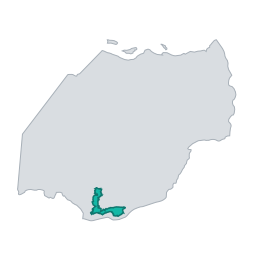 Uvinza, Kigoma, United Republic of Tanzania shown in context, rotated 275°
{"feature_id": "72390352B15676475935925", "entity_name": "Uvinza", "entity_type": "district", "adm_level": 2, "iso_a3": "TZA", "parent_name": "United Republic of Tanzania", "parent_adm1": "Kigoma", "projection": "robinson", "projection_center": [30.139, -5.704], "detail": "fine", "context": "in_parent", "style": "filled", "palette": "teal", "viewbox_px": 256, "rotation_deg": 275, "n_neighbors": 0, "source": "geoboundaries", "source_scale": "gbopen_adm2", "svg_char_len": 8061}
<svg xmlns="http://www.w3.org/2000/svg" viewBox="0 0 256 256"><g transform="rotate(275 128 128)"><path d="M94.2,187.6L91.4,185.9L88.8,184.9L86.8,183.8L85.8,182.7L83.9,182.3L82.2,182.1L80.6,181.1L77.4,180.7L77.1,180.0L77.0,178.5L76.4,178.1L75.3,177.7L74.0,177.8L73.2,178.0L72.8,177.9L71.7,177.0L70.8,175.9L70.4,174.1L68.9,172.9L67.2,172.0L62.5,172.1L61.8,171.8L60.7,170.9L59.4,169.4L58.3,167.6L57.4,165.3L56.4,162.2L51.0,149.6L50.5,147.2L49.4,144.6L47.7,141.3L45.8,138.9L43.4,136.7L40.5,134.6L39.0,133.1L36.1,127.2L35.5,124.4L35.1,121.5L35.3,120.4L37.1,116.7L37.3,115.6L37.0,114.2L36.1,111.3L35.0,107.7L32.7,101.2L32.4,99.5L32.4,98.3L33.8,91.7L33.7,90.8L39.2,90.9L43.1,88.0L46.6,83.7L47.2,81.9L48.6,79.1L50.0,77.7L50.6,76.7L51.3,74.0L53.2,72.1L54.9,70.6L54.5,69.6L54.8,69.2L55.8,68.5L57.6,67.8L58.0,66.4L58.0,64.7L57.7,63.8L57.8,62.8L57.5,62.2L56.2,62.0L54.4,61.2L52.9,60.8L51.9,60.4L51.5,60.0L51.3,59.0L52.2,56.5L51.3,55.5L53.2,51.3L53.6,50.7L54.2,50.7L55.3,50.2L56.3,50.0L57.2,50.2L57.8,50.0L58.3,49.5L58.8,48.1L59.1,45.7L58.9,43.8L58.1,42.3L57.9,40.0L58.3,36.9L58.0,34.4L57.2,32.4L56.3,31.1L54.9,30.6L52.8,27.5L52.1,26.0L52.2,25.0L53.0,24.6L54.3,24.8L55.6,24.4L56.8,23.5L58.0,23.3L58.6,23.4L112.7,23.4L175.8,63.3L176.1,63.8L176.5,67.3L176.4,68.4L175.5,70.4L175.2,71.4L175.2,72.2L175.4,72.5L176.2,72.6L176.9,73.0L177.2,73.4L177.7,74.9L178.4,75.6L202.4,95.2L202.9,95.5L202.6,97.2L201.2,101.1L201.1,102.8L200.6,104.8L200.1,106.0L198.7,111.7L197.5,113.7L195.9,118.7L195.6,122.4L196.5,125.1L196.8,127.5L198.6,129.9L200.1,130.8L201.1,131.9L202.8,134.4L203.8,137.0L207.0,138.2L208.3,141.1L207.8,143.0L206.3,144.6L204.9,147.3L203.8,150.7L203.7,156.0L204.5,155.2L206.2,156.5L206.4,160.3L204.6,164.9L204.1,167.0L204.0,168.8L205.2,174.2L207.1,177.0L207.0,177.8L206.5,178.5L209.7,183.4L209.4,187.6L210.6,190.9L211.1,193.8L211.9,196.0L212.1,197.5L211.0,199.2L213.4,199.6L214.8,201.0L215.5,202.3L217.2,202.2L218.1,203.1L219.4,203.9L222.4,206.1L223.2,207.2L223.6,208.3L215.4,215.2L212.5,217.0L210.3,217.8L208.1,218.3L206.0,219.4L203.9,221.1L201.3,222.0L198.2,222.0L194.9,223.2L189.6,226.8L186.6,224.8L184.3,224.2L181.5,224.2L179.9,224.5L179.3,224.9L178.7,226.1L178.3,228.1L176.5,230.1L173.3,231.9L170.4,232.6L167.8,232.1L166.0,231.4L165.1,230.3L163.7,229.8L161.9,229.9L160.1,230.6L158.4,232.1L155.8,232.7L152.1,232.5L150.2,231.8L149.9,230.6L148.3,229.2L145.4,227.6L143.2,227.6L141.8,229.1L140.6,230.1L139.4,230.5L138.4,230.5L136.9,230.1L132.9,229.9L129.1,230.0L128.7,227.8L127.9,226.4L127.2,225.6L125.9,225.4L125.5,224.8L125.1,223.4L124.4,222.2L123.6,221.2L123.1,220.3L122.9,219.4L123.0,218.5L123.9,216.2L124.1,214.7L124.0,213.1L123.6,211.4L122.7,209.4L122.8,208.9L122.5,207.5L122.5,206.6L122.7,205.4L122.5,203.9L121.7,200.6L121.7,199.8L120.9,198.2L118.4,194.4L118.2,193.9L114.3,190.2L112.7,189.3L112.1,190.0L111.9,190.7L112.0,191.9L111.9,192.5L111.8,192.8L110.8,192.7L110.2,192.6L108.7,191.6L107.5,191.3L104.6,191.5L103.6,191.8L102.8,191.5L101.2,189.8L99.4,189.4L97.8,189.3L95.1,187.4L94.2,187.6ZM207.5,124.5L208.8,128.6L208.6,129.4L207.7,129.9L207.2,129.9L206.6,129.3L206.2,127.8L205.5,128.2L204.3,126.5L203.1,126.4L202.1,124.4L202.5,122.7L202.3,119.7L203.6,118.2L204.3,115.6L205.2,117.4L205.3,120.1L206.4,123.3L207.5,124.5ZM214.0,99.7L214.1,100.7L213.8,101.6L213.9,104.6L213.8,106.5L212.8,109.2L211.9,110.2L211.2,109.9L210.6,109.5L210.2,108.7L211.1,103.7L210.7,100.1L212.5,100.4L214.0,99.7ZM211.0,159.7L210.1,159.9L209.7,159.7L209.2,158.9L210.2,158.2L211.1,156.8L213.4,154.9L214.4,153.3L214.3,154.8L213.0,158.2L211.9,158.4L211.0,159.7Z" fill="#d9dde1" stroke="#a8b0b8" stroke-width="1"/><path d="M64.4,107.0L64.3,106.5L64.5,106.4L64.9,106.5L65.1,106.3L65.3,106.2L65.2,106.1L65.0,105.9L64.8,105.8L64.7,105.7L64.7,105.2L65.0,105.0L65.1,104.8L65.0,104.6L64.8,104.5L64.8,104.4L64.9,104.0L64.9,103.7L65.3,102.8L65.5,102.6L65.5,102.1L65.7,101.8L65.7,101.6L65.3,101.4L64.9,101.2L64.8,100.9L64.7,100.9L64.4,100.9L64.4,100.7L64.1,101.0L63.9,101.0L63.7,101.2L63.1,100.8L62.9,100.4L62.7,100.5L62.8,100.6L62.6,100.6L62.6,100.4L62.3,100.4L61.7,100.7L61.6,100.8L61.1,100.7L61.1,100.8L60.9,100.8L60.8,101.0L60.7,100.9L60.4,100.7L60.4,100.8L60.1,100.7L60.0,100.8L60.0,100.7L59.9,100.7L59.7,101.0L59.6,101.3L59.6,101.5L59.4,101.9L59.5,102.2L59.4,102.4L59.6,102.9L59.5,103.0L59.2,103.3L58.8,103.4L58.3,103.4L58.2,103.3L58.3,102.8L58.3,101.7L58.1,100.7L57.4,100.0L57.1,99.7L56.8,99.6L56.1,99.3L55.3,99.3L54.7,99.4L53.7,99.3L53.3,99.5L52.9,99.5L52.2,99.9L51.9,100.0L51.8,99.9L51.5,99.6L51.4,99.4L51.4,99.1L51.3,98.8L50.6,99.0L50.4,99.2L49.7,99.4L49.2,99.8L48.5,99.9L47.7,101.5L47.2,102.0L47.1,102.5L46.8,102.2L46.6,102.0L46.1,101.3L45.9,101.2L44.8,100.2L44.7,99.9L44.5,99.7L44.3,99.6L43.8,99.6L43.7,99.7L43.5,99.9L43.7,100.0L43.8,100.3L43.8,100.6L43.1,100.5L42.7,100.4L42.3,100.2L42.2,100.0L42.0,99.6L41.3,99.4L41.2,99.3L41.2,99.6L41.1,99.8L41.1,100.0L40.5,99.7L40.4,99.3L40.5,98.9L40.5,98.6L40.6,98.4L40.4,98.3L40.3,98.5L40.0,98.8L39.9,98.7L39.7,98.6L39.6,98.9L39.0,99.1L38.8,99.3L39.2,99.6L39.3,99.9L39.4,100.9L39.7,100.9L39.6,101.2L40.0,101.4L40.0,101.7L40.2,101.8L40.3,102.0L40.1,102.3L40.2,102.5L40.5,102.8L40.6,103.1L40.8,103.7L40.9,103.9L41.0,104.0L41.0,104.3L41.0,105.0L40.9,105.1L40.9,105.4L40.9,105.5L41.0,105.7L40.9,105.7L40.9,105.8L40.9,106.0L40.7,106.1L40.8,106.1L40.7,106.1L40.8,106.4L40.8,106.8L40.7,106.9L40.4,106.9L40.4,107.0L40.5,107.0L40.4,107.2L40.3,107.3L40.4,107.7L40.4,108.0L40.1,108.6L40.1,108.8L40.0,109.0L39.9,109.2L39.8,109.3L39.7,109.4L39.7,109.5L39.7,110.0L39.8,110.3L39.8,110.5L39.7,110.5L39.9,110.8L40.3,111.1L40.5,111.5L40.8,111.9L41.0,112.1L41.3,112.3L41.2,112.6L41.5,113.2L41.7,113.6L41.8,113.6L41.7,113.7L41.8,113.8L42.0,114.2L42.0,114.3L42.1,114.5L42.3,115.0L42.6,115.9L42.9,116.3L43.1,117.1L43.2,118.2L43.2,119.1L43.1,119.3L42.6,119.7L42.4,119.8L42.3,119.7L42.2,120.0L41.9,120.1L41.8,120.3L41.6,120.3L41.4,120.6L41.2,120.6L41.2,120.9L41.0,121.0L40.7,121.1L40.6,120.9L40.7,121.0L40.6,120.9L40.4,120.9L40.1,121.2L39.8,121.2L39.8,121.3L39.6,121.3L39.6,121.7L39.4,121.8L39.4,122.5L39.3,122.8L39.3,123.0L39.3,123.4L39.4,123.9L39.4,124.1L39.5,124.3L39.5,124.7L39.6,124.9L39.4,125.2L39.3,125.4L39.2,125.7L39.3,125.9L39.5,125.8L39.4,126.0L39.6,126.4L39.8,126.5L40.4,127.3L40.9,128.1L41.1,128.3L41.1,128.5L41.5,128.9L41.7,129.2L41.9,129.4L42.1,129.4L42.2,129.6L42.3,129.6L42.4,129.8L42.5,129.8L42.7,130.1L43.0,130.1L43.1,130.3L43.2,130.6L43.1,130.9L44.0,130.4L45.0,130.0L45.8,129.8L46.5,129.8L47.1,130.8L48.0,131.9L48.2,132.2L48.4,132.2L48.5,132.1L48.4,131.8L48.5,131.7L48.6,131.4L48.8,131.3L48.8,131.2L48.9,130.8L48.9,130.6L48.7,130.5L48.6,130.1L48.6,129.8L48.5,129.1L48.5,127.9L48.4,127.0L48.5,125.6L48.4,125.1L48.4,124.4L48.4,123.5L48.3,123.1L48.0,121.9L47.7,121.1L47.7,120.9L47.2,120.3L47.2,120.1L47.3,119.7L47.3,119.3L47.2,118.5L47.1,118.0L47.2,117.8L47.2,117.6L47.1,117.4L47.1,117.2L46.9,117.1L46.8,116.8L46.5,116.7L46.6,116.4L46.5,115.8L46.3,115.6L46.3,115.4L46.2,115.3L45.5,114.5L45.5,114.1L45.6,113.8L45.6,113.6L45.5,113.3L45.5,113.2L45.3,113.0L45.5,112.9L45.4,112.8L45.3,112.7L45.2,112.7L45.1,112.9L44.8,112.8L44.7,112.7L44.6,112.2L44.4,112.3L44.2,112.2L44.4,112.1L44.2,111.9L44.1,111.7L44.7,111.2L44.8,111.0L44.7,110.9L44.8,110.4L44.2,110.1L43.9,110.1L43.5,109.7L43.2,109.4L42.9,108.6L42.6,108.3L42.3,107.9L43.7,108.3L45.0,108.2L45.4,108.1L45.7,107.4L45.6,107.1L45.7,106.5L45.8,105.2L46.0,105.1L46.6,105.3L46.9,105.2L47.0,105.7L46.9,105.9L47.0,106.1L47.9,105.9L48.2,104.9L48.3,105.0L49.3,104.7L50.1,104.7L51.7,104.4L52.0,104.3L52.1,104.5L52.6,104.4L53.2,104.4L53.6,104.3L53.7,104.5L53.6,104.8L53.6,105.1L54.5,105.4L54.7,104.9L54.9,104.7L55.3,104.8L55.3,104.7L55.6,104.2L56.0,104.1L56.2,104.3L56.3,105.0L56.5,105.1L56.6,105.4L56.8,105.5L56.9,105.8L57.0,105.8L57.2,106.0L57.4,106.3L57.7,106.5L57.9,106.5L58.0,106.6L58.4,106.8L58.2,107.1L58.3,107.7L58.4,107.8L58.5,107.9L58.8,107.7L58.9,107.8L58.9,107.7L59.1,107.6L59.7,107.6L59.7,107.3L60.8,107.2L61.1,106.9L61.3,106.6L61.5,106.6L61.9,106.5L61.9,106.4L61.7,106.5L61.6,106.4L62.0,106.3L62.0,106.5L62.4,106.5L62.9,106.7L63.5,106.8L64.4,107.0Z" fill="#14b8a6" stroke="#0f766e" stroke-width="1.5"/></g></svg>